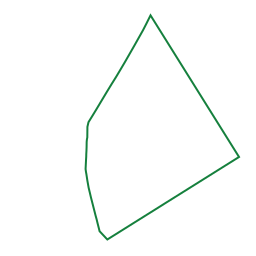 97, Ar Rayyān, Qatar (Albers equal-area conic projection), rotated 58°
{"feature_id": "91078587B85294401922232", "entity_name": "97", "entity_type": "district", "adm_level": 2, "iso_a3": "QAT", "parent_name": "Qatar", "parent_adm1": "Ar Rayyān", "projection": "albers", "projection_center": [50.974, 24.595], "detail": "fine", "context": "isolated", "style": "outline", "palette": "green", "viewbox_px": 256, "rotation_deg": 58, "n_neighbors": 0, "source": "geoboundaries", "source_scale": "gbopen_adm2", "svg_char_len": 690}
<svg xmlns="http://www.w3.org/2000/svg" viewBox="0 0 256 256"><g transform="rotate(58 128 128)"><path d="M44.4,49.2L45.0,50.2L49.0,56.7L53.0,63.4L57.2,71.1L61.3,78.6L65.7,86.8L70.3,95.4L74.3,103.1L78.2,110.7L82.2,118.9L86.4,127.3L91.1,136.5L95.3,144.7L99.5,153.1L102.1,158.4L105.5,161.8L114.4,167.5L115.9,168.9L118.0,170.5L122.2,173.2L125.3,175.3L128.0,177.2L130.3,178.7L133.1,180.7L138.0,184.1L140.3,185.7L142.7,186.8L145.2,187.8L151.0,190.3L157.7,193.0L162.5,194.6L167.2,196.2L173.5,198.2L185.1,201.9L188.8,203.0L192.4,204.2L197.1,205.7L200.5,206.8L208.6,205.2L209.2,205.1L211.6,204.6L211.5,136.2L211.4,49.4L211.4,49.2L44.4,49.2Z" fill="none" stroke="#15803d" stroke-width="2"/></g></svg>